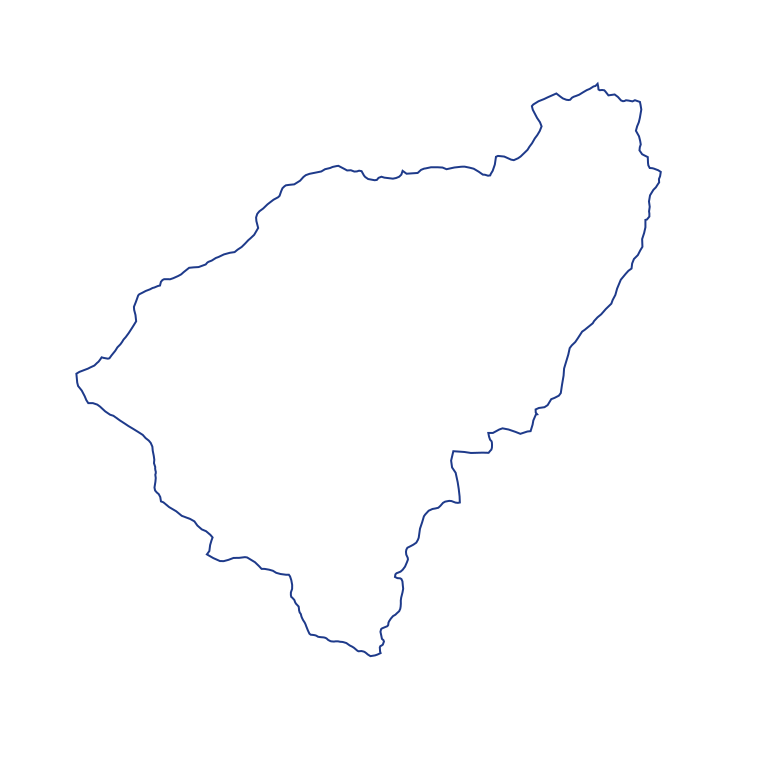 the district of Kabjisa, Punakha, Bhutan, rotated 82°
{"feature_id": "84629894B81369433275324", "entity_name": "Kabjisa", "entity_type": "district", "adm_level": 2, "iso_a3": "BTN", "parent_name": "Bhutan", "parent_adm1": "Punakha", "projection": "albers", "projection_center": [89.724, 27.643], "detail": "fine", "context": "isolated", "style": "outline", "palette": "blue", "viewbox_px": 768, "rotation_deg": 82, "n_neighbors": 0, "source": "geoboundaries", "source_scale": "gbopen_adm2", "svg_char_len": 6129}
<svg xmlns="http://www.w3.org/2000/svg" viewBox="0 0 768 768"><g transform="rotate(82 384 384)"><path d="M511.9,325.4L505.9,324.8L498.3,324.6L491.5,324.7L481.9,325.4L476.1,328.2L469.2,328.2L460.2,324.7L462.5,313.9L464.4,307.5L465.7,295.9L466.7,290.0L465.1,288.3L463.9,286.8L462.1,286.0L459.4,285.5L456.8,285.3L455.6,285.5L453.9,286.7L450.8,287.3L447.0,287.5L447.6,282.9L445.1,276.2L444.4,272.8L446.4,267.0L449.7,260.5L452.3,255.9L451.0,248.6L451.1,245.4L444.9,242.5L440.9,241.2L435.3,237.8L435.3,236.6L433.4,237.7L430.3,237.4L429.3,234.0L429.3,228.3L427.7,224.9L422.3,220.5L421.5,217.1L419.9,212.5L417.6,210.2L409.8,207.9L400.7,205.0L393.7,203.5L380.5,197.4L374.3,195.1L371.9,192.7L369.1,188.8L365.7,185.7L359.7,180.5L358.4,177.9L352.9,168.8L350.9,167.2L347.7,163.3L345.2,159.2L340.7,154.0L336.1,147.7L332.7,145.9L328.0,142.5L322.0,139.9L313.7,135.0L308.5,129.3L305.9,126.2L304.1,122.8L299.2,121.5L295.0,119.1L291.7,114.7L287.3,111.6L284.1,109.0L276.4,108.2L270.7,105.4L265.2,103.3L257.9,102.3L257.7,100.7L255.1,97.9L252.2,97.5L249.9,97.5L245.5,96.2L240.1,96.2L234.2,94.3L229.2,90.2L227.1,87.4L223.7,84.5L222.7,83.5L219.3,83.2L216.7,81.7L212.5,80.4L210.5,82.7L208.2,86.9L207.6,88.4L207.1,90.8L204.3,91.8L201.9,91.8L196.0,91.2L193.9,94.3L192.4,96.4L188.2,98.5L185.1,97.7L182.5,96.4L178.9,96.5L174.2,97.0L168.3,99.3L164.1,97.5L160.2,95.2L156.1,93.6L148.0,91.0L143.4,91.1L140.3,91.3L137.9,96.0L138.7,98.6L137.4,102.3L136.7,104.9L137.2,106.4L137.2,108.0L136.2,109.8L132.3,112.4L129.4,115.3L129.4,121.6L124.9,124.2L123.8,125.0L123.2,127.1L123.1,129.5L122.2,130.6L119.6,130.5L116.4,130.7L118.3,133.1L118.5,135.1L120.4,139.2L121.2,142.3L122.9,146.4L124.7,150.5L125.5,153.9L125.9,156.0L126.7,158.1L128.4,160.0L128.5,161.7L127.9,163.9L126.1,167.1L124.2,169.1L120.3,172.9L122.9,182.0L124.1,185.8L125.5,191.6L128.0,197.3L129.4,198.9L133.1,198.5L141.8,195.4L146.5,193.1L150.8,192.1L155.2,194.6L158.9,197.6L161.8,200.5L166.2,203.9L169.2,206.9L172.1,209.3L177.7,217.0L179.1,219.8L180.4,224.3L179.5,226.9L175.5,233.3L174.0,239.4L174.6,241.5L182.1,243.7L188.0,246.7L190.8,249.0L192.2,249.8L192.2,252.0L190.8,255.0L190.4,257.0L187.0,260.6L183.3,265.2L181.7,269.1L180.0,273.9L179.6,277.1L179.4,284.2L180.0,292.2L177.8,295.9L176.9,300.4L175.9,307.2L176.3,312.9L176.3,314.3L177.1,317.5L179.7,321.3L178.9,332.4L175.5,335.9L179.1,337.7L180.9,340.2L181.7,343.4L181.9,346.6L179.7,354.9L178.4,357.7L179.1,360.7L180.9,362.7L180.9,364.9L178.8,371.2L176.4,373.8L174.8,374.8L170.1,376.6L169.3,379.0L169.7,381.2L169.5,383.8L167.7,387.1L167.4,390.8L165.6,393.2L161.6,398.8L161.6,400.8L161.9,404.7L162.6,407.3L163.1,412.5L164.8,416.5L165.0,419.8L165.5,428.5L166.3,432.4L167.8,435.0L171.0,438.8L173.8,445.1L173.6,450.3L173.6,453.5L174.4,455.1L176.0,457.3L178.8,459.0L183.1,461.2L184.3,462.8L186.1,467.7L188.3,471.6L189.9,474.4L193.4,479.2L195.6,483.3L197.0,484.9L198.0,485.9L201.3,487.5L204.9,487.7L212.0,486.9L218.2,491.8L221.3,496.2L222.7,498.4L225.7,502.1L228.5,505.9L230.6,510.3L232.6,513.6L232.6,518.3L233.4,524.5L235.2,530.2L235.8,533.0L237.8,537.4L238.6,540.8L239.2,542.1L240.8,543.9L242.4,551.3L242.0,556.2L241.8,560.8L245.4,566.9L247.2,569.6L248.4,572.8L249.9,578.0L250.5,581.2L249.6,587.1L250.2,588.9L251.8,590.7L255.3,592.1L255.5,594.3L256.5,598.0L256.7,599.8L257.7,602.6L258.7,607.0L259.9,610.3L261.1,613.9L262.1,615.1L265.2,616.7L268.4,618.4L272.8,620.9L275.9,621.1L281.1,620.5L287.4,620.7L292.7,625.1L297.9,629.6L301.6,633.2L303.8,635.8L305.8,637.4L308.0,639.5L310.6,642.9L313.7,645.5L317.7,649.8L320.3,652.3L320.5,653.9L319.1,658.1L318.3,659.9L320.1,661.5L322.2,663.6L323.2,665.2L325.4,668.2L326.8,672.8L327.6,675.1L329.6,683.9L331.0,687.2L339.9,687.6L343.4,687.2L348.5,684.2L354.4,682.1L358.6,681.0L361.8,679.5L362.4,675.0L364.5,670.8L366.8,668.4L372.3,663.9L376.3,659.5L377.8,656.4L383.5,650.4L387.4,645.9L390.0,643.0L393.3,638.9L397.2,634.2L400.8,630.0L404.4,627.6L407.3,624.8L409.9,623.2L413.8,622.1L417.9,622.3L423.1,622.0L427.0,622.0L430.4,622.8L434.4,622.1L435.8,622.4L437.6,622.4L438.9,622.2L440.5,622.4L442.0,623.1L445.3,623.1L449.1,624.0L454.6,625.7L457.6,625.5L459.8,624.1L461.7,622.4L464.8,621.3L469.2,621.2L470.5,618.9L476.0,613.9L481.1,607.5L486.4,602.6L490.7,594.7L493.6,590.9L498.2,588.5L502.6,584.7L505.0,580.7L509.4,576.8L512.1,575.1L514.9,576.6L519.3,578.6L525.1,580.2L528.1,583.1L532.6,577.3L536.5,571.1L537.1,567.4L536.5,562.5L535.3,557.2L536.0,551.6L536.1,545.8L536.7,543.7L542.5,536.6L547.1,533.0L550.0,531.0L550.5,527.9L551.9,523.6L553.5,520.0L556.0,517.0L557.8,512.8L559.3,507.4L559.6,504.8L561.5,503.8L565.4,503.1L570.2,502.9L574.1,503.5L577.4,505.2L580.0,505.6L581.9,505.5L582.7,504.7L585.3,502.9L586.6,502.6L587.7,502.4L589.2,501.8L592.5,499.5L594.9,499.5L596.2,499.6L598.5,499.3L600.2,498.4L602.9,498.1L604.7,497.6L606.5,497.0L609.3,495.7L611.3,495.1L612.8,494.8L617.3,493.7L620.9,492.6L622.1,491.4L622.5,489.6L623.0,487.9L623.5,486.6L624.1,485.7L625.0,484.7L625.6,483.1L626.6,478.8L627.3,477.2L628.2,476.1L629.7,474.9L631.2,472.8L631.6,471.7L632.1,469.4L632.1,467.9L632.4,465.4L633.2,463.2L633.6,461.2L634.0,460.1L635.3,457.3L637.2,455.3L638.3,454.1L639.5,452.3L641.0,450.5L644.5,447.4L645.1,446.5L645.2,445.4L645.3,443.5L646.2,441.2L647.0,440.1L648.3,438.8L649.5,437.8L651.6,435.3L651.5,430.6L651.0,428.1L650.0,424.8L648.3,425.1L644.2,424.8L643.0,424.0L642.7,422.9L641.9,421.4L640.3,420.6L639.1,419.9L637.6,420.2L636.1,421.5L632.9,421.7L628.9,422.0L626.4,421.0L625.7,419.9L624.3,414.4L623.3,413.4L621.0,412.8L619.7,412.0L617.3,409.9L615.1,407.4L614.0,404.7L613.2,403.7L611.1,400.6L608.9,399.2L606.7,398.5L603.9,397.9L600.7,397.5L597.9,396.7L593.0,394.7L589.4,393.5L586.0,393.4L582.0,393.2L579.6,393.9L578.7,395.0L578.1,397.8L576.6,400.0L574.1,399.2L573.1,397.9L572.8,396.4L572.4,394.9L572.1,393.7L570.6,391.4L567.8,388.6L563.7,386.1L561.1,384.7L559.4,384.7L556.1,385.7L553.2,385.6L551.1,384.9L549.4,383.6L548.3,380.3L547.2,377.3L545.6,374.1L543.0,372.1L541.0,371.0L532.3,368.5L526.3,365.5L520.6,362.9L519.0,361.4L515.7,357.4L514.5,353.4L514.4,350.4L514.1,347.4L512.5,345.1L509.9,342.1L509.0,339.8L508.8,335.7L509.3,333.5L511.4,329.7L512.0,327.4L511.9,325.4Z" fill="none" stroke="#1e3a8a" stroke-width="2"/></g></svg>